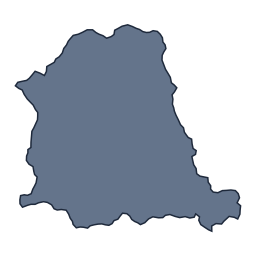 outline of Itaverava, Minas Gerais, Brazil
{"feature_id": "56859067B81013948598468", "entity_name": "Itaverava", "entity_type": "district", "adm_level": 2, "iso_a3": "BRA", "parent_name": "Brazil", "parent_adm1": "Minas Gerais", "projection": "orthographic", "projection_center": [-43.608, -20.678], "detail": "fine", "context": "isolated", "style": "filled", "palette": "slate", "viewbox_px": 256, "rotation_deg": 0, "n_neighbors": 0, "source": "geoboundaries", "source_scale": "gbopen_adm2", "svg_char_len": 2358}
<svg xmlns="http://www.w3.org/2000/svg" viewBox="0 0 256 256"><path d="M165.9,48.6L165.1,44.9L162.9,42.0L162.4,37.7L160.2,34.2L157.3,31.4L153.1,30.7L149.7,32.3L146.4,32.5L142.8,31.6L139.6,29.5L136.1,28.3L132.6,26.6L127.7,24.8L122.1,26.2L117.8,28.6L114.7,30.2L114.0,34.5L111.2,36.6L106.6,38.2L103.0,35.7L99.0,34.2L95.9,32.5L92.6,29.8L87.2,29.8L82.5,32.3L78.3,34.2L73.2,35.4L70.2,38.8L68.2,41.3L66.5,45.0L63.8,48.4L62.3,53.0L59.2,56.8L55.8,59.0L54.3,62.3L51.0,64.2L46.8,66.5L46.4,71.5L44.4,75.5L39.9,73.1L35.1,71.3L32.0,75.1L29.3,78.3L26.6,80.4L21.7,81.4L17.8,82.3L15.4,85.8L18.8,88.4L22.2,90.0L24.2,94.4L27.3,99.0L30.0,101.8L33.2,105.1L35.5,109.6L37.7,112.4L37.7,115.9L37.5,119.8L35.8,123.5L33.9,127.7L31.9,131.3L31.5,136.3L31.0,142.2L30.9,147.5L27.9,149.6L27.9,152.9L26.6,156.0L26.4,160.4L29.0,164.2L33.0,166.6L33.8,171.3L34.6,174.5L37.1,177.0L36.1,182.8L34.5,186.1L32.8,189.2L31.2,193.7L27.5,195.3L24.2,194.8L20.6,195.6L19.9,199.8L20.0,203.8L22.5,207.2L27.8,205.2L31.0,204.3L35.1,204.3L38.5,202.8L43.5,201.7L47.4,202.4L51.6,204.8L54.1,208.8L57.2,210.0L61.3,209.5L66.2,210.2L68.7,214.2L70.2,218.2L72.4,221.3L73.1,224.4L76.3,227.8L80.0,227.0L83.3,227.2L87.6,228.1L90.2,225.8L94.1,224.8L98.0,224.1L101.9,223.9L105.3,224.8L108.9,225.3L112.1,223.6L114.0,220.6L117.9,219.2L120.1,216.1L122.5,213.2L126.9,213.7L129.8,216.1L131.7,219.4L134.7,221.5L137.6,222.7L140.4,224.6L144.8,222.7L148.6,218.9L152.8,216.8L158.6,217.8L162.8,217.6L165.4,215.3L169.9,214.5L175.1,216.4L179.7,217.6L185.2,216.6L189.8,218.0L194.2,217.2L195.7,213.9L199.5,216.8L198.8,220.3L200.8,224.6L204.9,227.4L208.6,229.8L211.8,231.2L211.7,226.0L215.9,223.6L221.6,224.0L223.9,221.2L226.4,218.9L229.1,216.4L234.3,217.3L237.7,219.0L239.9,214.2L240.1,210.2L240.6,205.8L237.1,202.8L239.5,197.8L238.2,193.6L235.4,190.6L230.9,190.0L226.2,190.4L222.4,190.6L217.9,192.7L213.2,192.1L210.6,189.2L210.7,185.8L208.2,182.2L207.8,177.7L203.3,176.8L199.9,176.1L196.7,173.7L196.1,168.5L193.7,164.8L192.7,160.4L191.9,156.5L195.5,154.4L196.2,150.6L193.1,148.5L192.1,144.0L191.6,139.1L188.2,137.5L186.2,134.8L184.4,132.2L183.5,127.8L180.5,124.7L178.4,120.0L176.0,115.2L174.4,111.2L173.7,107.8L172.4,104.2L172.9,99.2L172.1,94.8L174.5,91.8L176.8,87.8L174.1,84.9L171.4,82.8L170.3,77.3L168.0,73.4L165.5,69.3L163.6,64.3L162.0,60.1L162.2,55.3L163.8,51.9L165.9,48.6Z" fill="#64748b" stroke="#1e293b" stroke-width="1.5"/></svg>